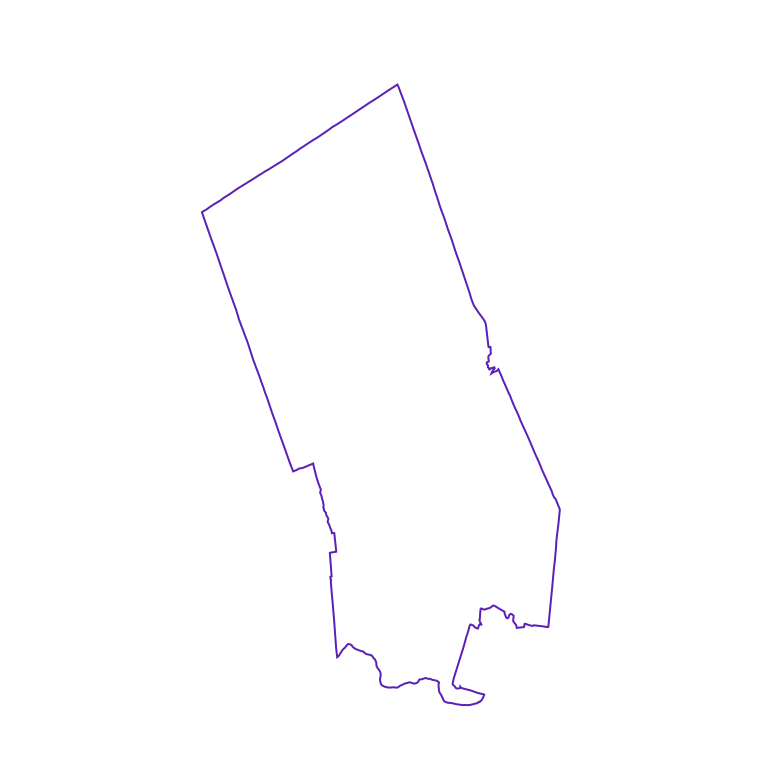 the district of Crampoia, Olt, Romania, rotated 104°
{"feature_id": "2599482B54660025381406", "entity_name": "Crampoia", "entity_type": "district", "adm_level": 2, "iso_a3": "ROU", "parent_name": "Romania", "parent_adm1": "Olt", "projection": "robinson", "projection_center": [24.737, 44.294], "detail": "fine", "context": "isolated", "style": "outline", "palette": "violet", "viewbox_px": 768, "rotation_deg": 104, "n_neighbors": 0, "source": "geoboundaries", "source_scale": "gbopen_adm2", "svg_char_len": 6139}
<svg xmlns="http://www.w3.org/2000/svg" viewBox="0 0 768 768"><g transform="rotate(104 384 384)"><path d="M261.4,602.2L282.7,588.3L298.2,577.8L309.8,570.4L315.3,566.8L328.2,558.6L329.6,557.5L332.1,556.0L348.6,544.9L349.8,544.3L353.0,542.3L356.0,540.6L361.5,536.9L367.0,533.0L370.1,531.0L372.7,529.1L377.4,525.9L392.1,516.8L394.9,514.8L398.0,512.8L399.8,511.5L408.8,505.3L411.6,503.6L416.1,500.5L421.3,497.2L425.9,494.0L429.5,491.7L439.7,485.2L446.6,480.5L455.5,474.8L468.0,466.4L482.4,456.9L490.8,451.0L488.7,448.1L486.7,446.0L486.3,445.3L486.0,444.5L484.8,442.1L478.3,433.5L481.4,432.0L490.9,426.9L496.4,423.5L500.0,421.0L500.5,420.6L501.4,419.9L502.7,419.6L504.5,419.8L504.8,419.7L505.3,419.4L507.7,417.6L509.9,416.5L512.3,415.1L515.0,413.8L516.7,413.1L518.4,413.0L519.1,412.6L519.5,412.1L520.7,411.9L521.2,411.5L521.6,411.1L523.1,409.1L523.7,408.9L524.3,408.7L525.4,408.1L525.7,407.8L526.6,406.8L528.3,405.4L528.7,405.3L529.0,405.2L530.0,405.4L531.4,405.3L532.1,404.8L533.1,403.7L540.0,399.0L541.3,398.5L540.9,397.8L540.7,396.2L554.5,391.1L558.3,389.8L560.8,395.6L561.0,395.7L578.4,389.9L583.4,388.3L584.0,389.4L586.7,388.4L586.7,388.1L588.9,387.7L589.8,387.4L601.9,383.3L607.2,381.4L621.7,376.5L623.6,375.8L637.7,371.2L649.8,367.2L651.5,366.7L660.5,363.3L660.1,362.9L657.9,361.8L656.1,361.3L652.4,360.0L650.9,359.3L650.3,358.8L649.4,358.2L647.6,357.4L647.3,357.3L646.7,356.9L645.9,356.7L645.6,356.4L645.0,355.9L644.8,353.8L644.9,353.3L645.3,352.3L645.3,352.1L646.2,351.3L646.7,350.6L647.2,349.6L648.1,347.1L648.2,345.3L648.5,343.5L648.7,339.2L649.2,338.6L649.3,338.1L649.9,337.0L650.3,336.0L650.3,335.6L650.3,334.7L650.2,331.4L650.4,330.7L650.5,330.2L650.6,329.9L652.0,328.4L652.7,327.5L653.3,326.3L653.5,326.1L655.3,324.6L656.5,324.0L658.8,323.3L659.3,323.1L659.8,322.7L661.5,321.1L663.2,319.0L664.7,317.8L665.6,317.3L667.8,316.7L671.0,316.5L673.3,315.8L674.5,315.2L675.6,314.5L676.4,313.6L676.7,313.2L677.2,311.7L677.6,309.9L677.4,308.8L677.6,306.9L677.5,306.5L677.2,305.3L677.1,304.6L676.2,302.1L675.9,301.1L675.7,299.0L675.6,298.2L675.2,297.5L674.9,297.1L673.8,296.1L672.7,295.2L671.2,293.2L670.1,292.0L669.5,291.1L668.4,288.9L667.5,287.7L667.2,286.1L667.2,285.3L667.4,283.3L667.4,282.2L666.7,280.6L666.4,280.2L666.0,279.7L664.5,278.7L662.6,278.3L662.0,277.9L661.7,277.2L661.5,276.1L660.4,274.4L659.7,273.3L659.1,272.2L659.4,270.3L659.3,269.6L659.0,268.5L659.3,265.8L659.2,262.6L659.2,260.8L659.5,260.1L660.1,258.7L660.3,258.4L661.7,258.4L662.9,258.3L668.1,256.5L669.1,256.0L669.8,255.5L670.6,254.8L671.3,253.9L672.6,252.7L673.8,251.9L674.5,251.0L674.8,250.7L675.9,250.2L677.0,249.2L677.3,248.7L677.5,248.0L677.8,246.0L677.8,244.7L677.8,244.4L677.5,243.6L677.4,241.9L677.3,241.4L677.2,239.4L677.2,237.7L677.2,236.6L676.5,229.9L675.8,227.6L675.5,225.7L674.6,222.9L673.1,219.9L672.4,218.9L671.9,217.7L671.5,216.9L671.2,216.4L670.6,215.9L670.1,215.8L669.5,214.3L668.8,214.2L667.8,213.1L665.0,212.1L661.2,211.6L660.9,212.4L661.0,213.2L661.1,215.8L661.0,219.6L660.4,225.0L660.3,234.3L660.1,235.5L659.9,236.0L659.3,236.7L660.5,236.5L661.3,237.8L661.7,239.2L661.8,239.8L661.8,240.2L661.6,240.6L661.3,241.1L660.1,242.5L659.2,244.2L658.8,244.6L658.4,244.9L656.3,245.0L652.8,245.1L620.1,243.2L611.8,243.0L608.6,242.9L606.1,242.6L598.0,242.4L596.7,242.1L596.4,241.9L596.4,241.4L596.7,239.1L596.9,238.6L597.3,237.9L597.8,237.4L598.1,236.8L598.5,235.7L598.5,235.2L598.5,233.7L595.1,233.5L594.1,233.1L594.0,231.4L593.9,231.3L592.1,232.7L591.3,233.6L589.6,234.4L589.3,234.2L588.1,234.3L582.8,235.3L579.3,235.8L578.5,235.8L578.3,235.3L578.3,234.8L578.4,234.1L578.7,232.8L578.7,232.5L578.5,231.8L577.2,229.9L576.2,228.0L575.5,226.9L575.0,226.4L573.8,225.6L572.8,224.9L572.5,224.0L572.4,223.5L574.8,215.6L575.7,212.1L576.1,211.8L576.7,211.8L578.0,211.1L580.4,209.4L581.1,208.9L581.3,208.5L581.4,208.1L581.4,207.6L581.3,207.2L580.9,206.9L578.0,206.5L577.0,206.0L576.5,205.6L576.4,205.3L576.4,204.8L576.7,203.7L577.2,202.6L577.8,202.0L580.9,201.7L583.0,201.2L585.8,197.6L587.1,196.8L588.5,196.2L586.6,191.0L586.2,189.9L585.8,189.3L585.3,189.3L583.3,189.5L582.8,189.5L582.6,189.3L582.4,188.6L582.6,187.6L582.9,183.8L582.8,181.8L582.8,181.2L581.9,180.3L580.8,172.1L580.3,166.4L579.9,165.8L540.7,171.6L523.2,174.3L511.9,175.8L507.9,176.5L503.4,177.1L496.0,178.5L493.0,179.0L477.7,180.9L464.6,182.8L463.8,182.9L462.7,183.3L461.4,184.3L454.7,189.2L453.9,189.9L453.6,190.5L452.7,191.6L450.9,193.1L449.7,194.0L448.1,194.9L446.8,195.8L443.5,198.4L442.0,199.7L437.6,203.1L429.2,209.8L422.4,214.7L415.8,220.0L402.6,229.9L396.5,234.7L392.1,238.3L386.2,242.9L382.1,245.8L378.5,248.6L374.3,252.1L367.2,257.3L364.9,258.8L363.2,260.4L354.8,266.8L351.7,269.3L349.3,270.9L342.0,276.6L342.9,277.1L344.2,277.8L345.7,280.4L346.3,281.0L347.3,281.7L347.9,282.3L346.4,282.1L344.5,281.7L344.3,281.5L343.5,281.3L342.0,280.4L341.3,280.8L341.1,281.0L341.2,281.4L341.8,282.1L342.9,284.1L343.3,284.4L344.0,284.7L344.4,285.0L344.4,285.3L344.2,285.6L343.2,285.9L343.0,286.2L342.9,286.7L342.8,287.1L342.1,287.4L341.0,287.5L340.7,287.7L339.9,289.0L339.2,289.3L338.4,289.4L337.7,289.2L337.2,288.1L337.0,287.9L336.5,287.9L336.0,288.0L334.7,288.6L332.6,289.3L331.9,289.4L331.3,289.2L329.4,288.1L328.7,287.6L327.0,288.3L323.5,289.2L322.3,289.8L322.5,290.5L322.9,291.1L322.7,291.6L319.3,292.9L302.2,299.3L301.0,299.9L298.8,301.4L297.2,303.0L292.0,309.3L288.7,313.0L286.3,315.5L285.6,316.2L284.7,316.8L281.5,319.1L279.2,320.5L275.2,322.8L260.8,332.0L246.8,340.9L240.9,344.9L236.5,347.7L227.7,353.1L218.0,359.7L211.5,363.7L205.1,367.9L203.5,369.1L197.6,373.0L189.5,377.9L185.6,380.5L177.8,385.2L160.1,396.7L148.5,404.6L142.9,408.1L131.8,415.5L104.9,433.0L91.8,442.1L90.2,443.4L97.7,450.5L109.7,461.4L115.8,467.2L135.4,485.0L139.8,489.0L145.3,494.3L147.0,496.1L147.7,496.8L149.3,497.9L159.7,507.1L162.9,510.1L164.3,511.7L171.2,518.0L173.0,519.6L175.9,522.4L179.4,525.2L181.4,527.2L186.0,531.2L187.9,532.9L193.2,537.6L195.2,539.7L204.1,548.3L205.4,549.8L209.9,554.0L211.5,555.7L217.0,560.8L218.8,562.6L229.7,573.2L231.6,574.9L235.7,578.4L243.2,585.5L243.9,585.9L245.3,587.0L251.1,592.8L254.5,595.9L257.9,598.7L260.4,601.4L261.4,602.2Z" fill="none" stroke="#5b21b6" stroke-width="2"/></g></svg>